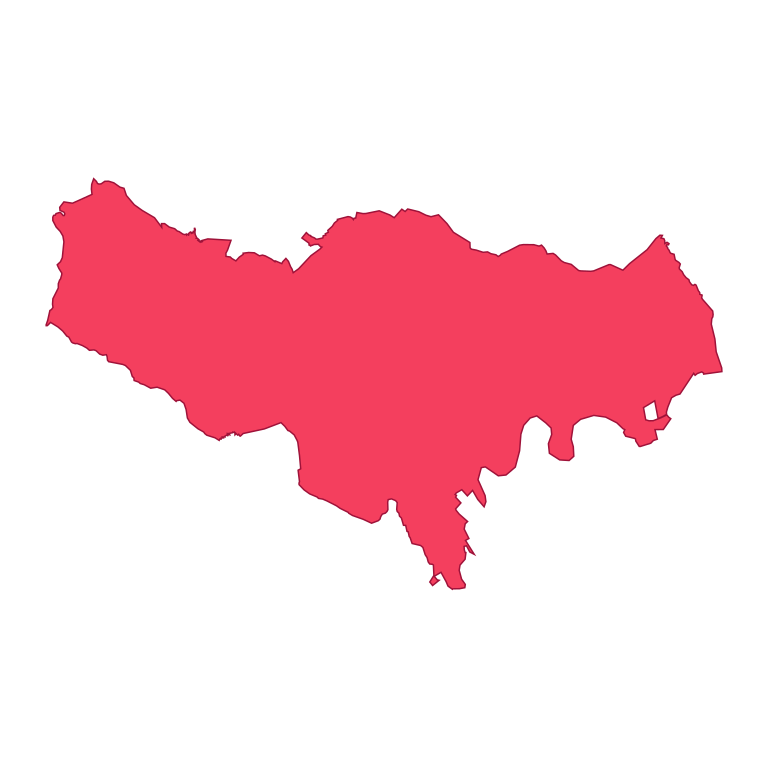 outline of Miraslau, Alba, Romania
{"feature_id": "2599482B57735842574948", "entity_name": "Miraslau", "entity_type": "district", "adm_level": 2, "iso_a3": "ROU", "parent_name": "Romania", "parent_adm1": "Alba", "projection": "orthographic", "projection_center": [23.674, 46.374], "detail": "fine", "context": "isolated", "style": "filled", "palette": "rose", "viewbox_px": 768, "rotation_deg": 0, "n_neighbors": 0, "source": "geoboundaries", "source_scale": "gbopen_adm2", "svg_char_len": 6059}
<svg xmlns="http://www.w3.org/2000/svg" viewBox="0 0 768 768"><path d="M573.3,446.7L571.2,439.2L573.3,425.4L580.6,419.3L593.8,415.4L605.7,417.1L616.8,422.8L623.0,428.7L624.8,429.6L623.6,432.5L625.7,436.2L634.9,438.5L635.5,439.1L635.8,441.1L639.2,446.4L640.2,446.5L650.8,443.2L653.4,440.5L657.3,439.2L655.0,429.6L663.3,429.5L670.8,418.7L668.6,417.1L666.8,414.9L660.8,417.8L653.2,420.7L649.1,420.8L645.7,419.8L643.5,407.6L654.7,400.8L658.1,418.6L662.4,416.7L666.6,414.4L666.4,412.1L667.8,407.1L671.6,397.7L676.0,395.2L680.0,394.0L693.7,373.3L695.1,375.3L697.4,373.5L701.7,371.9L703.5,373.0L703.7,374.1L721.9,371.6L721.7,367.9L716.2,351.8L714.9,339.0L711.3,324.2L711.8,318.6L712.8,316.9L713.1,314.5L712.7,311.0L702.5,299.3L701.7,298.0L702.1,295.1L699.8,294.3L699.7,292.5L698.4,290.8L696.1,285.1L694.9,284.4L693.4,285.4L691.7,284.8L689.5,281.8L688.9,279.7L686.0,277.6L683.6,274.6L682.2,271.7L679.4,269.0L679.2,267.7L680.3,264.0L678.9,262.4L675.7,260.3L675.1,259.3L674.1,254.3L670.8,253.3L670.1,252.6L669.0,250.1L667.6,248.4L667.6,247.5L666.3,246.0L666.6,244.9L668.5,244.8L669.0,243.6L667.0,242.3L664.8,243.5L664.7,240.6L663.9,238.7L661.0,238.0L662.4,235.4L659.9,235.2L655.9,238.6L647.1,249.7L629.6,263.6L622.9,270.2L610.5,264.6L609.0,264.6L593.7,270.9L590.7,271.3L580.6,270.9L578.6,270.5L571.3,264.4L564.2,262.5L561.3,260.8L555.6,255.0L553.1,253.4L547.1,254.0L545.9,250.8L544.1,247.9L541.5,245.1L539.1,246.1L533.8,244.7L523.3,244.6L519.6,245.2L507.6,251.4L501.2,254.1L500.4,255.2L498.1,256.5L496.0,254.8L490.9,253.7L487.6,251.9L483.1,252.3L476.3,250.1L471.4,249.2L470.1,247.9L469.9,242.5L453.4,232.3L447.0,223.6L438.5,214.8L431.0,216.7L425.9,215.2L418.8,211.7L407.7,209.0L405.1,211.5L401.8,209.2L394.2,217.7L389.9,215.0L379.2,210.8L365.9,213.5L363.0,213.6L356.9,212.5L355.7,218.1L354.1,218.2L353.4,219.6L352.4,218.2L350.3,217.0L348.0,216.6L337.4,219.4L337.7,220.3L334.4,223.0L332.3,226.3L327.8,230.4L328.3,232.3L325.3,233.8L325.7,235.1L323.2,235.8L322.9,237.9L317.2,239.2L315.7,239.0L314.7,238.0L310.7,236.3L310.7,235.6L309.0,235.1L306.3,232.6L301.9,238.0L308.9,243.1L309.1,245.1L310.6,245.4L310.6,245.9L314.2,244.5L318.3,244.3L320.4,246.6L321.9,247.1L319.9,249.1L310.9,255.7L298.6,268.8L293.2,272.7L292.1,269.2L290.6,266.7L288.4,261.3L285.9,258.4L282.7,261.8L281.8,263.6L275.6,261.0L275.1,260.9L274.9,261.7L271.4,259.1L265.3,255.9L262.5,255.1L259.4,255.8L254.4,252.8L248.7,252.5L243.1,253.2L243.3,254.3L239.3,257.1L235.9,260.9L231.8,258.5L230.3,257.0L226.0,256.4L225.9,253.2L227.5,250.2L231.0,240.3L207.8,238.9L202.3,240.4L202.6,241.2L202.2,241.6L201.9,240.6L201.3,240.8L200.9,241.8L200.2,241.2L200.0,242.0L197.8,240.3L198.2,239.8L198.7,240.3L199.0,239.7L197.4,238.3L196.4,238.2L196.7,237.8L195.2,234.5L194.9,232.1L195.3,229.5L194.8,228.3L194.4,228.4L194.5,230.2L193.9,232.0L193.6,232.1L193.4,230.8L192.8,233.1L192.0,232.7L191.3,233.3L190.9,232.1L190.4,232.0L188.6,233.5L188.8,234.8L188.5,235.1L186.8,234.1L186.5,234.8L186.2,234.2L184.5,234.6L182.7,234.0L179.0,231.5L177.4,231.1L174.7,228.7L169.3,227.1L164.6,223.6L161.5,223.6L161.7,227.3L154.5,217.7L142.3,210.5L134.3,204.8L126.4,195.5L124.0,188.3L119.9,187.1L113.8,182.8L108.6,181.2L104.8,181.3L101.2,183.8L99.0,184.1L97.5,183.5L96.4,181.4L93.7,178.7L91.7,184.4L91.4,189.1L92.0,194.4L72.5,203.2L63.9,201.9L59.7,207.3L60.0,210.4L63.9,212.1L64.5,213.0L64.8,213.9L64.3,215.5L63.2,215.6L61.0,213.0L59.7,212.4L56.0,213.6L55.3,215.1L53.6,215.4L52.8,217.2L52.8,220.5L56.2,227.1L60.2,231.4L62.9,236.0L63.9,241.8L62.3,257.7L60.5,261.7L57.2,264.8L58.9,268.5L61.8,273.1L61.7,274.8L60.5,279.0L59.6,280.1L58.3,283.7L58.3,288.0L52.9,298.7L52.5,304.2L53.0,307.4L51.5,309.5L49.9,310.5L47.7,320.3L46.1,324.9L46.2,325.7L47.4,325.6L50.6,322.4L57.9,326.9L62.7,331.0L66.8,336.1L68.8,337.1L71.5,342.0L72.7,342.9L75.3,343.7L77.1,343.5L82.3,345.5L86.8,348.0L89.4,350.3L94.0,349.9L96.1,350.7L99.7,354.1L102.8,355.2L106.4,354.7L107.1,356.6L107.5,360.2L108.7,361.7L122.7,364.4L125.4,365.5L130.4,370.3L132.3,376.5L133.9,377.9L134.1,380.5L138.7,382.1L140.2,383.5L144.2,384.7L150.7,388.2L157.1,387.2L164.7,389.8L168.4,393.3L172.6,398.4L176.1,401.4L176.6,400.7L180.0,400.1L184.0,403.3L186.1,409.5L187.4,418.0L189.9,422.3L198.0,428.8L203.7,432.0L204.8,433.6L206.8,435.2L215.0,437.8L219.2,440.4L219.8,439.0L221.1,439.1L221.1,438.1L223.2,437.9L222.5,437.0L225.0,437.0L224.8,436.3L226.7,435.1L227.4,435.5L227.3,433.9L228.4,434.7L228.3,433.8L229.6,434.5L229.2,433.4L232.7,432.7L232.8,432.1L234.9,432.5L235.0,434.8L235.5,434.3L235.2,432.8L237.7,435.1L238.7,434.3L239.7,435.9L240.4,436.1L243.2,433.5L264.4,428.9L281.0,422.6L284.8,426.3L287.9,430.5L289.6,431.1L294.2,434.9L297.1,440.4L297.8,442.2L299.5,455.5L300.7,468.8L298.1,470.2L299.5,481.6L299.0,483.1L299.1,484.7L304.1,489.9L309.7,493.9L317.1,497.0L318.5,498.4L322.7,499.1L326.9,500.9L336.5,505.8L340.2,508.4L348.3,512.4L348.7,513.2L352.5,515.5L363.2,519.3L371.6,523.2L378.3,520.7L380.0,519.1L380.7,516.7L382.3,514.1L385.4,513.1L387.0,511.5L387.9,509.7L387.7,502.0L388.2,499.6L391.5,498.9L395.6,500.6L397.2,502.6L396.7,509.4L397.2,511.5L398.9,513.1L399.5,516.1L401.4,518.0L403.5,525.3L405.7,525.4L407.0,531.4L408.2,531.8L409.2,536.5L410.1,537.6L412.1,543.5L420.6,545.5L422.9,547.4L425.2,554.7L427.1,557.6L428.2,561.9L429.7,564.0L432.4,564.3L433.4,565.0L433.9,575.4L429.8,582.0L432.6,585.5L439.1,580.3L437.3,579.9L434.2,576.3L441.0,572.3L446.1,581.6L448.0,586.1L452.4,589.3L452.8,588.8L459.5,588.7L464.8,587.7L465.3,584.4L461.6,579.2L459.2,570.3L460.0,565.1L465.1,559.2L465.9,552.6L465.2,552.6L464.3,549.9L464.1,546.4L466.5,545.8L469.8,552.0L474.2,554.3L465.5,540.4L468.9,538.5L464.2,529.1L465.2,523.8L467.6,521.5L459.2,514.1L456.2,510.4L455.6,508.9L460.9,502.9L455.6,497.2L456.5,495.4L455.1,494.5L456.3,492.9L461.8,489.7L467.4,495.9L472.6,490.4L477.8,499.5L484.1,506.8L485.9,501.7L485.1,495.6L478.0,479.7L481.3,467.6L485.4,466.9L498.3,475.8L506.0,475.0L515.3,467.1L519.6,450.8L520.9,434.2L523.7,425.3L530.2,418.0L536.8,415.9L545.7,422.8L551.1,428.0L551.7,434.5L548.4,443.7L549.4,453.3L559.7,459.9L569.1,460.5L573.8,456.3L573.3,446.7Z" fill="#f43f5e" stroke="#9f1239" stroke-width="1.5"/></svg>